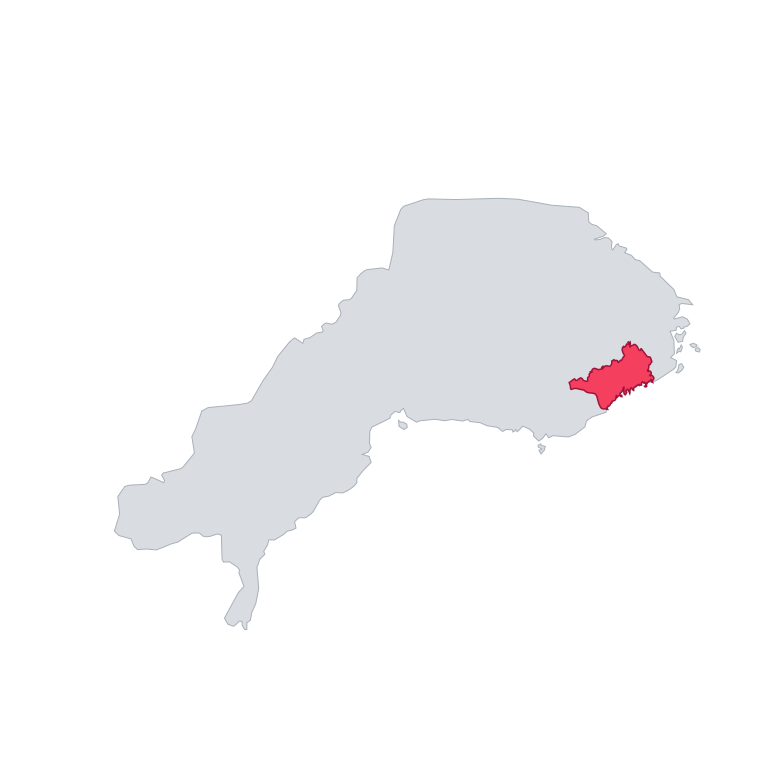 location of Satakunta within Finland, rotated 240°
{"feature_id": "FIN-3192", "entity_name": "Satakunta", "entity_type": "Region", "adm_level": 1, "iso_a3": "FIN", "parent_name": "Finland", "parent_adm1": "", "projection": "albers", "projection_center": [22.046, 61.595], "detail": "fine", "context": "in_parent", "style": "filled", "palette": "rose", "viewbox_px": 768, "rotation_deg": 240, "n_neighbors": 0, "source": "natural_earth", "source_scale": "10m", "svg_char_len": 8010}
<svg xmlns="http://www.w3.org/2000/svg" viewBox="0 0 768 768"><g transform="rotate(240 384 384)"><path d="M322.5,333.6L319.5,322.7L315.8,313.4L312.0,311.0L310.6,307.3L309.8,299.7L310.3,293.8L314.1,288.0L314.5,280.2L316.6,274.0L315.4,270.0L308.9,258.9L307.9,255.3L307.4,249.1L310.7,243.4L309.6,237.8L303.2,235.7L303.3,232.3L304.9,226.6L303.9,221.7L303.7,211.1L306.7,206.4L302.9,202.7L299.2,196.1L296.2,195.8L294.2,188.7L288.6,182.2L269.6,173.3L258.0,163.2L251.9,154.9L246.2,150.2L245.8,145.9L239.9,142.4L241.1,140.5L245.7,140.5L249.5,142.3L250.9,140.0L249.4,133.8L249.7,132.2L254.0,128.7L261.0,128.8L276.2,153.5L278.7,161.5L293.2,164.0L294.8,165.9L298.8,165.4L307.1,161.4L310.1,155.9L313.3,156.2L334.4,167.6L337.5,164.7L339.0,157.2L340.5,153.8L342.7,151.2L347.4,149.5L350.8,143.3L350.2,126.0L351.7,121.0L354.1,103.9L359.8,95.9L363.8,87.8L368.2,86.4L376.4,87.4L385.3,78.7L391.4,77.0L403.5,90.0L419.6,97.2L424.9,108.4L423.5,113.3L416.5,126.9L416.6,130.3L420.0,135.7L408.8,143.9L409.9,145.7L416.3,145.9L417.2,148.4L412.4,165.3L412.5,168.2L419.0,185.3L434.5,191.3L439.4,198.6L451.7,212.7L451.5,220.0L438.6,248.4L435.7,256.2L435.8,260.9L447.5,281.1L454.2,295.7L461.1,306.0L467.7,323.4L468.7,329.6L459.8,334.1L462.7,337.1L461.2,343.0L461.8,351.1L459.8,356.6L460.5,358.0L465.1,358.6L465.9,362.1L465.8,364.4L461.6,369.0L461.6,373.2L464.9,380.2L467.3,382.4L474.9,383.8L476.0,385.6L476.9,390.8L474.2,396.4L474.4,398.4L478.7,407.3L489.4,413.8L491.2,419.3L491.7,423.0L491.5,426.5L485.5,440.3L480.3,445.1L493.3,457.3L515.9,472.1L526.8,485.8L528.1,489.8L524.1,509.5L522.1,515.0L507.9,538.3L487.7,575.8L477.0,592.5L455.2,618.3L439.4,641.4L430.0,646.5L422.1,642.4L418.3,643.8L414.9,647.3L403.0,651.6L402.3,648.2L404.2,638.7L403.1,639.0L401.2,643.5L400.4,648.6L398.3,651.3L393.3,652.7L388.1,648.9L385.7,649.1L388.6,655.1L388.5,656.9L385.9,656.7L380.6,661.8L379.3,661.8L377.4,658.0L371.7,662.6L366.2,663.7L363.0,667.1L346.7,672.5L342.3,678.3L339.2,677.1L320.8,682.3L313.1,681.2L304.8,689.8L298.3,691.0L304.8,682.2L305.1,679.2L301.5,677.8L298.9,674.8L296.4,668.2L295.1,667.8L293.0,676.1L288.6,679.1L283.1,679.1L282.4,675.4L283.3,672.0L282.5,671.5L283.3,668.8L286.1,668.5L286.8,667.2L286.8,665.5L284.5,664.0L286.6,658.1L277.0,656.9L265.1,650.7L263.6,645.4L258.0,649.1L252.8,645.2L252.1,642.7L250.8,623.0L251.4,617.5L254.4,610.9L255.4,604.3L255.3,592.2L257.0,592.2L255.1,588.1L257.8,587.2L258.2,585.8L252.1,566.4L248.5,561.9L251.4,548.0L251.2,544.8L250.7,540.9L246.4,536.5L244.8,524.1L246.0,517.1L254.7,504.6L255.2,499.7L260.0,499.4L257.8,494.9L257.2,489.5L264.1,487.5L266.7,489.2L272.7,487.2L278.0,483.2L276.0,475.6L278.7,475.3L277.8,473.5L278.0,471.6L280.1,472.4L283.5,467.1L283.6,463.0L289.5,460.8L296.2,452.5L302.3,448.0L308.6,439.6L311.3,439.1L312.6,433.5L319.4,425.0L321.8,418.3L328.1,410.3L334.1,396.8L334.7,393.1L344.2,387.7L353.1,388.7L352.7,385.4L351.3,383.4L354.7,379.7L353.7,374.4L351.4,371.9L352.7,351.8L349.9,347.9L339.6,341.6L335.5,341.2L333.0,336.1L333.9,330.0L328.6,334.9L322.5,333.6ZM273.1,659.6L279.8,659.6L281.6,662.7L278.6,664.7L278.4,667.2L280.0,670.9L277.0,671.0L274.9,666.7L271.6,663.8L273.1,659.6ZM341.6,381.4L337.9,383.6L334.8,382.5L334.6,378.6L339.7,375.8L345.2,378.4L342.6,379.3L341.6,381.4ZM249.0,485.0L248.7,488.3L252.4,486.0L253.9,487.0L253.7,489.9L252.4,489.3L249.3,492.5L246.5,489.7L244.9,485.0L249.0,485.0ZM253.2,649.2L252.8,651.9L248.7,652.1L247.1,649.3L246.3,644.6L247.9,642.6L248.9,645.2L253.2,649.2ZM269.2,660.8L267.0,661.0L264.0,658.0L263.6,656.9L264.8,656.2L264.3,652.8L266.6,654.7L267.9,656.9L266.6,657.4L269.2,660.8ZM264.4,672.5L261.4,674.5L260.3,674.0L260.6,670.5L262.3,669.0L265.3,668.8L264.4,672.5ZM258.3,674.4L255.7,675.0L254.0,673.2L256.5,670.5L258.5,670.7L258.9,672.4L258.3,674.4Z" fill="#d9dde1" stroke="#a8b0b8" stroke-width="1"/><path d="M252.3,618.2L251.8,617.6L251.1,617.5L251.9,616.9L253.6,617.8L254.4,617.5L254.0,617.1L253.6,616.4L253.5,615.7L253.9,615.0L253.6,613.6L253.4,613.0L253.1,612.5L253.4,612.5L254.1,612.1L253.9,612.2L253.7,612.1L253.3,611.8L253.7,610.9L253.3,610.9L253.7,610.6L254.1,610.4L255.1,610.5L255.0,609.9L254.9,609.7L255.8,609.2L256.7,608.9L256.3,607.7L255.7,607.1L254.3,606.4L254.6,605.8L255.0,605.5L255.3,605.2L255.1,604.4L256.3,604.4L256.3,603.9L256.2,603.6L256.3,602.5L256.3,601.9L256.3,601.6L256.0,601.4L255.9,601.1L255.9,600.8L256.0,600.2L256.0,599.9L255.8,598.7L255.6,598.3L255.2,597.9L254.8,597.6L254.0,597.3L253.6,597.0L254.5,596.5L256.3,596.7L257.2,596.2L256.8,595.3L256.3,594.7L255.4,593.7L253.5,592.7L252.9,592.1L256.7,592.7L257.8,592.1L257.2,590.4L257.0,590.1L256.6,589.9L255.8,590.2L255.4,590.1L254.3,588.4L254.1,587.8L254.0,587.5L254.2,587.4L254.7,587.2L255.4,587.0L258.7,588.5L260.5,589.8L261.3,590.1L261.3,589.7L259.4,587.7L258.4,586.2L257.8,583.6L257.3,583.2L256.7,582.8L256.3,582.3L256.2,581.8L256.5,580.9L256.4,580.5L255.7,579.0L255.8,578.6L256.3,578.8L257.2,579.6L257.7,579.4L256.9,578.5L255.0,577.1L254.4,575.7L254.5,575.0L254.8,574.2L255.0,573.4L254.9,572.6L254.5,572.3L254.1,572.1L253.7,571.7L253.9,570.8L253.0,569.6L252.6,568.7L252.4,568.0L252.6,567.7L252.9,567.3L252.9,566.9L252.4,566.5L252.2,566.1L252.2,565.5L252.0,565.1L251.8,565.0L250.5,565.0L250.2,565.0L250.8,564.1L251.6,563.6L252.2,562.6L252.7,561.6L253.3,560.8L254.7,560.0L256.2,559.9L259.5,560.2L267.5,562.3L269.9,561.8L271.2,560.8L274.4,556.5L275.8,555.3L278.9,554.0L280.1,552.6L280.6,551.9L283.6,548.8L284.6,547.3L285.0,546.4L285.3,545.2L285.7,543.4L286.6,543.2L289.0,544.4L292.7,545.1L292.8,546.8L293.3,551.0L293.1,551.6L292.5,551.8L291.4,551.8L290.9,552.3L290.7,553.2L290.8,554.0L291.0,554.8L291.0,555.5L291.0,556.6L291.1,557.0L291.0,557.3L290.4,557.9L289.8,558.3L288.0,558.4L286.9,558.9L286.0,559.7L284.8,561.2L284.8,561.9L287.4,563.3L287.9,564.3L288.0,565.1L288.5,565.9L289.3,566.3L289.7,566.4L290.2,567.1L290.3,567.7L290.6,568.3L291.5,568.7L291.5,569.2L290.5,569.5L290.3,569.7L290.3,570.1L291.1,570.3L291.7,570.8L292.6,571.9L292.6,573.4L292.1,574.4L291.2,575.3L290.2,576.0L289.6,576.5L289.0,577.4L288.6,578.8L288.1,580.0L287.9,580.7L288.0,581.3L288.3,581.9L288.6,581.8L288.8,581.3L289.3,580.7L289.7,581.2L289.9,582.4L289.4,583.3L288.8,583.4L288.7,583.8L288.9,584.8L288.2,586.3L286.5,588.1L286.5,589.3L287.6,591.2L288.6,592.1L289.4,592.4L290.1,592.9L290.0,593.4L289.9,594.1L290.1,594.7L290.2,595.0L290.1,595.3L288.7,595.6L288.5,595.8L288.5,596.0L288.6,596.6L288.4,596.9L288.2,596.9L288.0,597.1L287.8,597.4L287.7,597.7L287.3,597.9L286.6,597.6L285.7,597.5L285.5,597.9L286.1,600.0L286.3,600.4L286.3,600.8L285.7,601.2L285.8,601.7L286.0,602.1L287.6,604.5L287.8,605.0L287.9,605.5L288.0,606.0L288.4,606.4L288.9,606.6L290.8,606.5L294.3,607.2L295.9,608.4L296.5,609.2L296.7,610.4L295.9,610.4L295.8,611.1L295.9,611.8L296.3,612.9L296.8,613.6L297.2,613.8L297.3,614.2L296.6,614.9L296.2,615.4L296.0,615.7L296.2,616.3L296.6,616.3L298.0,616.0L298.3,616.2L298.2,616.7L298.0,616.8L297.5,617.1L297.3,617.5L297.4,618.2L296.0,617.7L293.6,615.6L293.2,615.6L293.2,616.4L293.5,616.7L293.6,617.4L293.3,618.2L293.1,618.6L293.3,620.3L292.6,621.2L291.3,621.8L290.3,622.0L285.9,621.9L285.2,622.2L284.9,622.9L285.8,624.0L286.0,624.2L285.7,624.5L276.5,625.6L275.6,626.2L274.4,627.8L273.8,628.0L269.5,627.2L269.0,626.6L269.0,626.2L268.7,625.4L268.0,624.6L267.8,624.1L267.8,623.9L267.9,623.5L267.9,623.1L268.0,622.8L267.3,622.3L266.6,622.1L264.9,620.6L263.9,620.0L264.2,619.3L264.3,619.2L264.0,619.0L263.6,618.9L263.0,619.0L262.6,619.5L262.6,619.9L262.3,620.8L261.8,621.0L260.9,621.2L260.0,621.0L259.2,620.5L259.1,620.1L259.0,619.4L258.8,618.7L258.5,618.4L258.0,618.6L257.8,619.1L257.8,619.7L257.8,620.1L257.0,620.6L254.7,620.9L253.5,620.2L252.6,618.3L252.3,618.2ZM252.7,610.5L252.9,610.7L253.0,610.8L252.8,610.8L251.8,610.2L251.2,610.5L250.7,610.5L250.6,610.4L250.6,610.2L250.5,609.7L250.6,609.3L250.8,609.3L250.9,609.1L250.9,608.9L251.1,608.6L251.6,608.3L251.9,608.5L251.7,609.1L251.8,609.6L252.7,610.5ZM255.8,583.2L255.9,583.3L255.9,583.5L255.6,583.8L255.4,584.2L255.2,584.2L254.6,584.0L254.1,583.7L254.4,583.4L254.8,582.8L255.8,583.2Z" fill="#f43f5e" stroke="#9f1239" stroke-width="1.5"/></g></svg>